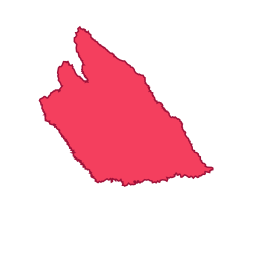 Gaúcha do Norte, Mato Grosso, Brazil, rotated 121°
{"feature_id": "56859067B19542513591026", "entity_name": "Gaúcha do Norte", "entity_type": "district", "adm_level": 2, "iso_a3": "BRA", "parent_name": "Brazil", "parent_adm1": "Mato Grosso", "projection": "orthographic", "projection_center": [-53.491, -12.873], "detail": "fine", "context": "isolated", "style": "filled", "palette": "rose", "viewbox_px": 256, "rotation_deg": 121, "n_neighbors": 0, "source": "geoboundaries", "source_scale": "gbopen_adm2", "svg_char_len": 5871}
<svg xmlns="http://www.w3.org/2000/svg" viewBox="0 0 256 256"><g transform="rotate(121 128 128)"><path d="M162.2,204.1L163.0,203.1L163.4,203.1L163.4,202.5L164.1,202.5L163.5,199.9L162.6,198.7L163.8,198.4L164.0,197.7L164.7,197.1L164.1,194.5L163.4,194.0L163.8,193.2L162.8,193.1L162.7,192.0L163.3,192.1L164.9,191.2L163.9,190.1L165.0,189.0L165.3,187.5L164.9,186.4L165.8,185.9L165.4,185.4L167.2,184.4L167.3,182.8L168.0,182.2L167.8,181.6L168.9,180.8L168.3,180.7L168.2,180.0L169.4,179.0L168.9,178.4L170.2,177.6L169.7,176.7L170.9,175.7L170.2,175.1L171.3,175.0L171.3,173.7L170.7,173.6L170.9,173.0L171.9,172.6L171.6,171.6L172.6,171.2L172.7,171.9L173.1,171.8L172.8,170.1L173.6,170.0L174.0,168.4L175.3,167.6L175.2,167.0L174.5,166.8L174.7,166.3L174.1,166.3L175.3,165.8L175.7,165.0L176.2,165.1L175.8,164.2L176.4,163.6L175.3,163.0L176.7,161.9L176.7,161.4L177.9,162.8L177.7,161.8L180.0,160.5L179.8,158.7L180.9,158.6L180.2,156.7L180.9,156.3L181.7,156.8L181.5,155.5L182.0,154.9L181.6,154.2L182.1,153.9L181.3,153.2L180.7,153.9L180.5,151.2L181.5,151.0L181.5,152.0L181.9,151.9L181.8,150.1L182.8,149.8L182.0,148.8L183.1,149.0L182.4,147.3L183.2,146.9L182.7,146.4L183.5,145.8L184.1,146.5L184.5,146.2L183.4,144.9L185.1,143.5L184.6,142.9L184.3,142.1L184.7,141.3L184.0,140.8L183.8,139.4L184.8,138.6L184.9,137.6L186.2,137.6L185.5,136.5L186.3,136.5L186.5,135.8L187.6,135.2L187.0,134.6L187.7,134.1L187.7,133.4L188.5,134.4L188.7,134.1L188.4,130.8L189.1,128.6L190.2,128.8L190.2,125.6L188.5,125.1L188.3,123.3L187.0,122.9L186.8,121.9L182.7,120.0L182.3,119.3L182.6,118.1L182.0,117.3L180.4,117.1L180.3,116.4L182.9,114.4L181.8,113.8L179.4,115.1L179.1,113.0L179.4,111.6L178.4,112.2L178.0,111.5L178.4,109.0L176.8,107.3L176.0,107.9L175.7,107.6L177.2,106.1L177.0,104.6L177.9,104.7L178.1,103.7L179.9,103.2L179.2,102.0L179.5,101.1L177.5,99.4L175.0,99.1L175.3,96.4L174.4,95.8L173.7,94.2L172.6,93.0L171.5,93.0L171.1,95.2L170.3,95.2L169.9,94.3L170.7,92.5L170.4,91.8L169.9,91.6L168.6,92.4L168.1,92.2L168.2,91.2L169.0,90.3L168.8,89.4L167.6,89.2L167.0,88.2L163.7,87.1L163.1,85.3L161.7,83.9L161.8,82.0L161.1,80.2L162.3,78.9L160.4,77.1L160.5,75.7L158.1,75.2L158.4,73.5L158.1,73.0L156.3,73.3L154.6,71.8L153.5,69.2L153.5,67.3L151.4,67.6L150.4,69.1L149.6,66.9L148.1,66.1L147.9,65.0L146.2,63.5L144.9,63.1L144.4,64.1L143.7,63.6L141.9,63.5L141.9,62.9L143.0,61.5L142.6,60.8L141.2,60.4L140.9,59.4L142.8,57.2L142.0,56.3L139.1,55.4L138.7,53.8L138.9,50.4L138.4,49.7L137.2,49.4L136.7,48.5L137.3,46.2L135.0,45.7L134.4,45.1L134.5,42.9L133.7,42.2L132.2,42.3L131.6,41.0L129.1,40.0L128.2,38.4L127.4,38.3L126.4,39.2L125.6,39.4L124.1,35.1L122.5,35.8L121.7,35.1L120.8,35.1L120.1,33.9L119.5,34.1L118.7,34.7L118.7,36.0L120.7,39.6L121.0,42.1L119.8,42.4L119.4,43.2L119.2,44.4L119.7,45.8L119.0,47.8L118.4,47.8L118.0,49.6L115.5,51.2L115.6,53.1L114.1,54.4L114.3,54.7L113.8,56.0L114.4,58.6L114.0,59.4L113.2,59.5L113.6,61.1L113.3,61.8L111.3,63.2L110.3,64.9L109.2,65.0L109.5,65.6L108.6,67.7L107.5,68.0L107.6,69.4L106.7,69.8L105.8,71.2L105.9,72.0L104.7,75.0L103.6,76.2L102.5,76.1L102.1,76.7L101.8,77.4L102.3,78.2L101.5,79.0L101.0,80.7L99.8,81.4L99.4,82.5L98.4,82.5L97.6,83.4L96.6,83.4L96.4,84.8L95.8,84.8L95.2,86.2L95.3,87.2L94.3,87.9L94.2,89.4L94.8,89.8L94.3,93.3L95.4,93.7L95.4,95.4L96.5,96.0L96.7,97.1L95.5,99.6L94.5,100.2L93.7,102.0L94.1,102.8L94.1,103.8L93.7,103.7L94.1,105.2L93.5,105.2L93.0,106.2L93.6,106.8L92.5,107.3L92.9,108.6L92.4,108.5L91.9,110.1L91.0,109.8L90.0,111.0L90.3,112.2L89.6,112.5L90.0,114.8L91.3,115.7L90.8,115.8L90.8,117.0L90.2,117.1L90.6,118.7L90.0,119.1L90.0,120.0L88.8,120.4L88.2,121.2L87.8,123.1L87.1,123.2L87.2,124.1L85.2,125.0L85.7,126.4L84.5,127.8L85.2,128.5L84.8,128.5L83.5,130.4L83.5,129.9L82.1,130.5L82.3,131.3L81.2,132.1L81.6,133.4L81.0,134.3L80.8,136.1L80.3,136.0L79.3,137.6L78.0,138.0L77.5,138.8L76.3,139.1L76.1,140.7L75.1,142.2L75.9,143.8L76.1,146.1L76.7,146.3L76.8,149.4L76.0,151.6L74.7,152.9L74.0,154.4L73.8,155.6L74.4,157.2L73.5,158.3L73.7,161.2L72.3,165.3L73.2,166.8L73.9,170.1L73.9,173.5L73.3,175.7L74.0,176.7L73.5,177.2L73.1,177.0L72.2,178.4L72.6,179.4L72.1,180.2L72.8,181.0L72.9,182.4L72.3,184.7L72.6,185.1L71.9,186.0L72.1,186.9L71.2,189.4L71.8,190.0L71.3,190.6L71.6,191.0L71.3,191.7L71.5,193.1L71.1,193.8L71.6,194.5L71.0,194.9L71.3,195.7L70.9,197.6L70.1,198.4L70.5,200.9L69.7,201.5L70.2,203.0L69.8,203.7L70.1,204.3L69.5,204.5L69.5,206.3L67.2,208.0L67.2,210.0L65.8,211.8L66.8,211.9L67.2,212.8L66.7,213.3L67.2,213.9L67.0,214.8L65.9,215.2L65.9,215.7L66.5,215.5L66.1,217.0L67.0,217.4L66.8,218.4L67.3,219.4L66.2,221.3L68.7,222.1L70.5,220.3L72.9,221.0L73.3,221.8L75.0,219.7L77.3,219.7L78.3,220.4L81.6,218.5L82.7,215.0L85.9,213.7L89.1,211.3L88.9,209.6L91.6,207.1L91.5,206.7L92.0,206.7L92.7,204.5L93.9,203.1L93.8,201.6L94.7,201.5L95.6,199.9L96.5,199.5L96.6,198.5L97.1,199.2L98.5,199.2L100.4,197.9L101.6,197.7L101.7,197.0L103.1,196.8L102.9,195.5L103.2,195.0L104.3,195.2L104.1,194.6L104.8,193.0L105.5,192.5L105.3,191.7L106.2,191.6L106.6,190.0L106.2,189.9L106.9,188.0L107.5,187.8L107.6,187.0L108.9,186.9L109.3,186.2L109.8,187.2L109.3,187.8L110.5,188.2L109.7,188.7L110.5,190.3L109.3,193.7L109.7,194.4L108.7,195.7L109.5,197.9L108.1,201.2L105.5,204.7L105.3,206.3L103.9,206.8L103.5,207.9L102.8,208.3L103.8,209.1L104.3,211.3L103.5,211.4L101.9,213.7L102.4,214.2L103.1,213.8L103.6,214.6L103.2,215.5L104.3,217.4L108.4,216.7L109.9,217.0L110.6,218.3L112.3,218.5L117.0,216.7L118.2,215.1L119.5,215.0L121.3,212.8L122.9,212.3L124.0,209.4L126.0,206.9L125.8,206.0L130.2,206.5L131.0,205.5L132.4,206.1L131.4,207.4L132.9,209.8L134.2,209.9L134.7,210.8L136.5,211.2L137.5,212.1L140.2,211.7L140.9,212.2L143.5,212.3L144.0,212.8L143.8,215.4L144.3,216.1L145.9,216.5L148.5,218.2L150.1,218.0L151.0,216.0L152.9,214.4L152.5,213.4L155.7,211.7L156.0,210.2L157.2,209.7L157.1,208.7L158.0,208.0L157.8,207.6L158.6,206.8L158.6,206.1L159.4,206.4L159.0,205.8L160.4,205.3L160.2,204.8L162.2,204.1Z" fill="#f43f5e" stroke="#9f1239" stroke-width="1.5"/></g></svg>